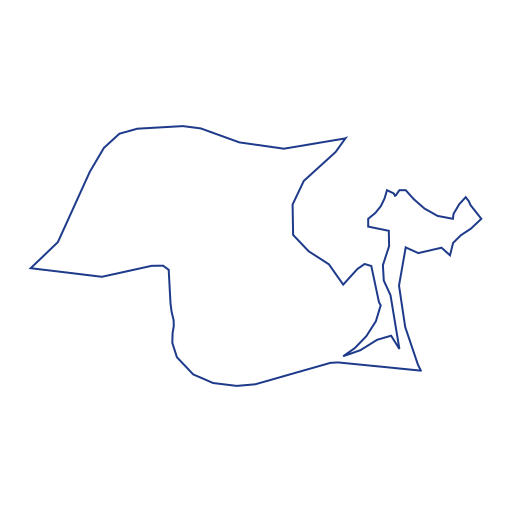 an SVG outline of Đà Nẵng
{"feature_id": "VNM-491", "entity_name": "Đà Nẵng", "entity_type": "City", "adm_level": 1, "iso_a3": "VNM", "parent_name": "Vietnam", "parent_adm1": "", "projection": "robinson", "projection_center": [108.18, 16.099], "detail": "fine", "context": "isolated", "style": "outline", "palette": "blue", "viewbox_px": 512, "rotation_deg": 0, "n_neighbors": 0, "source": "natural_earth", "source_scale": "10m", "svg_char_len": 1180}
<svg xmlns="http://www.w3.org/2000/svg" viewBox="0 0 512 512"><path d="M345.5,138.2L335.6,152.0L303.8,180.9L292.6,204.5L293.1,234.9L308.7,251.3L328.9,264.3L343.2,284.6L357.4,269.0L364.6,264.0L371.3,266.0L379.0,302.3L380.7,305.3L375.9,321.2L366.4,336.1L354.7,348.2L343.2,356.2L360.4,350.2L377.1,339.8L391.1,335.7L399.4,349.0L390.5,295.2L383.8,280.6L382.9,265.2L389.1,246.1L388.8,230.8L368.2,226.6L368.2,218.8L375.4,212.9L380.8,206.2L384.5,198.6L387.0,190.2L393.7,193.4L395.0,195.8L395.7,195.5L399.4,190.2L405.7,190.2L413.7,199.1L424.4,208.5L437.5,215.9L452.9,218.8L453.6,213.7L459.4,204.0L465.7,197.2L468.8,201.2L470.5,205.1L481.3,218.8L471.0,228.6L460.9,235.2L453.1,242.9L450.0,255.3L441.5,247.7L418.3,253.1L405.7,247.4L399.0,285.6L405.2,327.0L417.9,364.6L420.8,370.5L420.3,370.6L337.8,362.4L330.2,362.9L255.2,384.3L236.7,385.9L213.0,383.0L193.2,374.4L176.9,357.2L172.3,342.8L172.6,333.1L173.8,326.0L173.6,320.1L171.6,311.8L170.5,303.5L168.7,269.8L163.1,265.7L151.8,265.8L101.8,276.8L30.7,268.2L57.9,242.1L89.8,171.8L103.9,147.9L119.4,133.7L137.3,128.7L182.8,126.1L200.7,128.4L239.4,142.4L283.9,148.7L344.7,138.5L345.5,138.2Z" fill="none" stroke="#1e3a8a" stroke-width="2"/></svg>